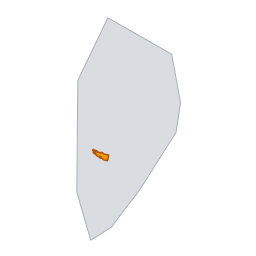 Belmont, Dennery, Saint Lucia (highlighted), rotated 178°
{"feature_id": "8701671B1177875671821", "entity_name": "Belmont", "entity_type": "district", "adm_level": 2, "iso_a3": "LCA", "parent_name": "Saint Lucia", "parent_adm1": "Dennery", "projection": "albers", "projection_center": [-60.925, 13.95], "detail": "fine", "context": "in_parent", "style": "filled", "palette": "amber", "viewbox_px": 256, "rotation_deg": 178, "n_neighbors": 0, "source": "geoboundaries", "source_scale": "gbopen_adm2", "svg_char_len": 2474}
<svg xmlns="http://www.w3.org/2000/svg" viewBox="0 0 256 256"><g transform="rotate(178 128 128)"><path d="M176.5,177.3L144.3,238.8L81.8,200.2L74.6,151.5L80.1,122.0L118.5,65.8L148.3,29.3L169.2,17.2L181.4,65.7L176.5,177.3Z" fill="#d9dde1" stroke="#a8b0b8" stroke-width="1"/><path d="M158.2,100.4L157.7,100.5L157.4,100.6L157.1,100.7L156.9,100.8L156.5,100.7L156.3,100.6L156.0,100.3L156.0,100.0L156.0,99.8L156.3,99.8L156.7,99.8L156.8,99.8L156.9,99.7L157.0,99.7L157.3,99.5L157.4,99.4L157.2,99.2L156.9,99.0L156.7,98.9L156.1,98.8L155.9,98.8L155.7,99.0L155.5,98.9L155.3,98.7L155.2,98.7L154.9,98.6L154.7,98.5L154.6,98.4L154.4,98.2L154.3,97.9L154.2,97.8L154.1,97.6L154.0,97.4L153.9,97.3L153.7,97.2L153.3,97.1L149.9,96.0L149.3,96.9L149.4,97.0L148.8,99.0L148.4,101.3L148.3,101.6L149.0,101.9L149.6,102.1L150.7,102.2L151.6,102.5L152.0,102.5L152.3,102.5L152.5,102.5L152.8,102.7L152.8,102.8L153.1,103.0L153.3,103.1L153.4,103.3L153.5,103.4L153.6,103.5L153.8,103.7L154.0,103.7L154.2,103.9L154.3,104.0L154.6,104.1L154.6,104.3L154.8,104.4L155.0,104.5L155.3,104.6L155.5,104.6L155.8,104.5L155.8,104.4L155.7,104.2L155.8,104.1L156.1,104.1L155.9,104.2L156.0,104.2L156.2,104.3L156.3,104.3L156.3,104.2L156.5,104.1L156.9,104.0L157.0,104.1L157.3,104.2L157.3,104.3L157.6,104.5L158.0,104.8L158.3,104.9L158.5,104.9L158.8,104.8L159.0,104.7L159.3,104.8L159.5,104.8L159.5,105.0L159.8,105.3L159.8,105.5L159.7,105.7L159.8,105.7L159.9,105.8L160.0,105.9L160.2,106.0L160.3,106.0L160.5,106.2L160.6,106.3L160.5,106.5L160.8,106.7L161.0,106.7L161.3,106.6L161.5,106.7L161.6,106.8L161.8,106.9L162.0,107.0L162.0,106.9L162.1,107.0L162.3,107.0L162.3,106.9L162.4,107.0L162.5,107.0L162.5,106.9L162.6,107.0L162.7,106.9L162.8,106.7L163.0,106.7L163.1,106.8L163.3,107.0L163.5,107.3L163.8,107.4L163.8,107.5L163.9,107.4L163.9,107.0L163.9,106.8L164.0,106.7L163.6,106.3L162.8,106.0L162.5,105.9L162.4,105.9L161.8,105.7L161.6,105.6L161.5,105.4L161.5,105.2L161.5,104.9L161.5,104.6L161.5,104.4L161.8,104.4L162.2,104.5L162.3,104.6L162.5,104.6L163.0,104.9L163.3,104.9L163.5,104.7L163.4,104.6L163.3,104.3L163.2,104.2L162.8,103.8L162.7,103.7L162.4,103.4L162.3,103.5L162.2,103.7L161.9,103.6L161.7,103.5L161.5,103.4L161.3,103.3L161.2,103.3L161.1,103.2L161.0,102.9L160.9,102.8L160.9,102.7L160.7,102.4L160.4,102.3L160.4,102.2L160.5,102.1L160.6,101.9L160.6,101.7L160.3,101.7L160.2,101.7L159.9,101.4L159.4,101.0L159.2,100.9L159.0,100.7L158.9,100.6L158.7,100.6L158.4,100.5L158.2,100.4Z" fill="#f59e0b" stroke="#b45309" stroke-width="1.5"/></g></svg>